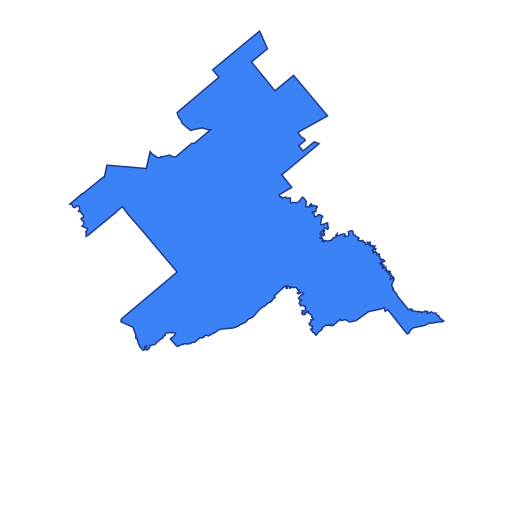 Santa María, Córdoba, Argentina (Equal Earth projection), rotated 230°
{"feature_id": "61730980B95109119515520", "entity_name": "Santa María", "entity_type": "district", "adm_level": 2, "iso_a3": "ARG", "parent_name": "Argentina", "parent_adm1": "Córdoba", "projection": "equal_earth", "projection_center": [-64.536, -31.682], "detail": "fine", "context": "isolated", "style": "filled", "palette": "blue", "viewbox_px": 512, "rotation_deg": 230, "n_neighbors": 0, "source": "geoboundaries", "source_scale": "gbopen_adm2", "svg_char_len": 6156}
<svg xmlns="http://www.w3.org/2000/svg" viewBox="0 0 512 512"><g transform="rotate(230 256 256)"><path d="M156.7,251.1L157.5,255.1L157.3,258.8L157.7,260.1L158.5,260.9L158.2,264.6L156.7,266.3L156.7,267.1L155.8,267.3L155.2,269.5L154.6,269.4L154.4,268.9L153.2,270.2L153.4,279.9L151.8,279.7L149.7,283.6L145.3,285.3L142.2,291.0L141.0,306.5L134.5,318.9L134.3,321.0L130.7,319.4L129.9,322.5L99.2,321.6L98.6,323.5L99.8,326.4L100.1,330.0L94.8,339.8L93.8,342.6L93.5,345.3L92.0,346.7L87.6,354.5L86.0,356.0L85.5,358.0L90.4,356.8L92.9,357.5L94.5,356.6L96.7,357.1L98.2,355.1L100.4,354.6L101.0,352.9L100.8,352.1L101.8,351.0L101.8,350.5L102.7,350.6L102.6,351.4L103.2,351.9L104.1,350.7L105.0,350.4L105.6,347.9L106.4,347.0L106.1,346.5L108.2,345.8L108.2,344.7L109.4,344.5L110.1,343.3L111.2,342.8L113.6,340.2L114.4,340.1L114.4,341.0L115.2,341.2L116.2,340.3L116.4,338.9L117.1,338.3L135.2,338.6L136.6,339.5L139.4,339.1L140.7,339.5L142.1,338.9L142.8,339.5L142.7,340.1L143.7,340.0L144.0,340.7L145.5,340.5L147.8,343.0L148.1,344.3L149.2,346.3L149.7,346.3L149.9,347.2L151.0,346.8L151.4,347.8L152.2,347.3L151.3,345.4L151.4,344.3L152.0,343.7L152.8,344.3L153.9,347.3L154.9,346.4L156.5,346.1L156.5,347.4L156.0,347.9L157.6,347.9L157.9,348.8L158.4,348.6L158.8,347.2L159.2,347.8L159.6,347.2L158.7,346.3L160.7,346.7L160.6,346.0L161.5,345.7L161.3,346.8L161.9,347.4L163.1,347.4L164.0,348.3L163.9,347.2L165.4,345.1L165.8,345.7L165.5,346.4L166.6,346.3L165.5,347.1L166.3,348.0L166.6,347.6L168.1,347.7L170.2,345.9L170.8,346.2L170.9,346.7L169.7,348.0L171.3,348.8L170.1,348.9L169.6,349.9L169.3,350.9L170.0,350.8L170.1,351.5L172.0,350.9L174.1,349.1L176.0,350.4L176.9,350.3L178.2,351.9L178.6,351.6L178.5,350.7L179.2,350.3L179.3,349.4L180.3,350.4L182.7,350.5L183.0,347.0L183.8,349.1L185.7,348.8L186.2,349.4L184.2,351.5L184.7,352.6L186.1,351.4L186.7,351.9L187.2,353.4L187.8,351.4L188.3,351.1L188.5,352.1L189.0,352.3L190.5,349.9L191.4,351.0L192.0,350.1L192.8,351.0L192.6,352.1L193.2,352.4L194.1,350.8L194.8,350.4L193.8,349.9L193.4,349.0L194.1,347.3L195.2,347.5L195.7,348.5L197.4,347.3L198.1,347.9L199.4,347.7L199.9,347.3L199.8,346.3L202.3,344.2L203.3,344.7L203.1,345.6L203.7,346.5L207.0,345.1L208.3,345.3L209.4,344.2L213.1,346.1L214.1,345.3L215.2,342.2L212.6,341.0L212.2,339.9L213.1,337.6L214.2,336.2L215.3,338.2L216.0,338.0L217.7,335.5L218.4,332.5L219.4,331.2L220.8,332.4L220.5,331.5L219.5,331.0L219.5,330.1L220.0,330.1L219.2,329.4L220.4,326.4L219.6,324.7L219.7,323.9L221.4,320.3L223.0,319.4L223.1,317.1L224.9,316.2L225.0,316.9L224.4,318.1L225.4,317.6L227.4,318.3L228.2,316.7L229.1,317.2L229.3,319.5L228.2,320.8L228.0,321.7L229.2,322.9L230.5,322.9L230.9,319.8L232.0,319.4L233.0,323.3L231.4,323.3L231.0,324.4L232.9,325.4L233.4,326.9L232.7,327.5L230.4,327.8L230.6,329.0L231.5,329.9L233.1,330.4L234.9,331.9L235.6,332.0L237.7,326.3L238.7,325.7L242.9,330.6L243.3,331.2L243.1,332.3L243.8,332.6L246.4,331.5L247.7,330.1L247.2,328.8L247.8,326.6L248.4,326.2L251.1,327.6L253.0,327.0L253.2,328.2L252.7,328.7L252.8,329.3L252.2,329.3L251.4,330.1L253.7,332.5L254.0,334.4L254.8,334.7L257.4,333.0L257.8,331.1L258.4,330.6L259.7,332.0L260.5,331.9L260.4,329.8L259.1,328.6L262.0,325.8L265.1,329.5L269.3,329.9L271.0,329.5L271.3,329.1L270.6,327.0L270.1,321.9L273.4,318.7L273.9,316.9L274.9,316.8L278.1,319.5L278.7,319.5L280.3,316.8L282.0,316.7L283.6,313.0L285.0,313.6L286.4,312.4L288.0,313.0L285.6,327.5L301.9,328.0L301.6,328.5L301.5,376.4L306.0,374.1L306.2,359.6L313.0,359.6L312.9,368.0L314.4,368.4L318.4,367.2L323.3,367.3L323.3,370.1L317.3,400.9L370.2,400.9L370.4,376.7L407.6,377.2L407.4,398.0L426.0,403.3L426.5,342.5L416.8,342.5L416.6,287.8L412.3,285.9L409.2,286.0L405.0,284.7L394.7,286.5L393.8,287.2L392.7,290.0L388.7,297.1L383.6,300.5L381.9,302.5L381.9,281.2L383.6,279.3L383.5,258.2L385.4,256.0L388.7,254.9L392.3,247.9L393.2,247.2L393.1,246.0L394.1,244.2L400.4,242.0L404.0,242.0L393.5,228.2L421.4,200.2L413.8,190.4L414.6,189.9L415.0,163.5L415.4,163.3L415.4,146.8L413.9,148.1L411.1,147.4L409.5,148.3L409.5,150.5L408.5,152.2L407.7,152.4L404.8,150.8L404.5,148.9L403.6,149.1L402.6,150.3L400.8,149.6L398.5,150.1L397.0,149.4L396.8,148.4L397.3,146.8L397.0,146.0L396.5,145.7L392.6,146.0L390.8,143.7L390.7,141.8L385.2,144.6L384.5,143.9L384.5,142.9L383.9,141.1L382.3,140.4L380.3,138.5L379.8,140.4L379.5,177.9L379.8,178.2L379.7,185.3L369.6,184.8L349.3,185.2L294.4,185.3L294.3,112.3L292.5,110.3L280.5,116.0L272.7,113.2L270.7,111.4L270.7,112.2L268.9,112.1L268.9,111.5L263.8,109.4L262.4,109.5L261.6,108.7L256.3,108.9L255.8,109.8L256.0,110.9L257.9,112.2L257.8,114.1L257.1,114.4L256.9,113.0L255.7,111.4L254.0,112.2L253.8,113.3L254.4,116.0L255.6,117.4L253.2,121.6L253.6,125.2L253.5,131.0L253.0,131.7L253.9,133.3L253.6,135.5L254.5,135.8L254.7,136.5L254.2,138.9L249.4,144.5L248.3,144.5L247.5,141.9L247.6,137.1L238.1,137.3L236.9,138.3L236.3,141.6L235.0,143.6L234.8,144.9L231.9,147.8L231.9,148.4L231.0,149.7L230.9,151.5L229.2,154.1L229.5,160.6L228.1,161.6L227.3,163.9L227.8,164.7L227.5,167.0L225.3,168.1L224.3,173.6L223.8,174.7L223.5,179.0L222.6,182.1L215.8,191.8L213.7,197.0L213.5,200.2L212.0,205.1L212.1,206.9L212.7,209.1L211.4,213.9L211.4,216.2L212.6,222.8L212.8,226.0L212.7,228.4L212.0,230.6L212.4,234.5L211.4,237.4L211.3,239.2L212.2,240.7L211.8,244.0L213.7,244.2L214.3,258.7L213.9,258.9L213.8,260.0L213.2,259.9L212.2,258.4L211.5,258.5L211.1,259.3L212.3,260.6L212.3,261.1L211.1,261.7L209.6,261.1L209.2,261.9L210.0,263.1L208.0,263.9L207.1,265.7L205.8,266.7L202.5,266.2L202.0,267.1L201.0,265.8L201.1,264.1L200.6,263.6L199.3,264.9L199.2,266.8L198.7,267.4L196.9,268.5L196.4,267.7L197.0,265.5L196.3,261.3L194.9,261.3L193.1,262.5L193.3,261.2L192.9,260.0L191.9,258.7L189.8,258.2L188.8,258.3L188.6,260.0L186.4,260.7L185.5,261.7L185.1,261.5L184.5,260.2L183.3,260.1L182.9,259.6L183.1,257.0L184.1,256.9L184.5,256.1L183.1,255.7L182.9,254.3L181.3,254.1L179.6,256.0L180.8,256.7L180.2,257.5L180.8,259.2L179.8,260.5L179.2,259.4L174.6,260.6L173.1,259.3L171.2,259.7L170.6,258.8L171.8,257.0L170.5,256.1L169.8,254.0L170.2,253.6L170.0,253.1L167.9,252.8L165.6,254.3L164.9,252.7L164.2,252.8L164.7,251.0L163.8,251.5L163.6,250.8L162.9,250.5L161.7,250.9L161.1,250.5L159.0,251.5L157.6,250.8L156.7,251.1Z" fill="#3b82f6" stroke="#1e3a8a" stroke-width="1.5"/></g></svg>